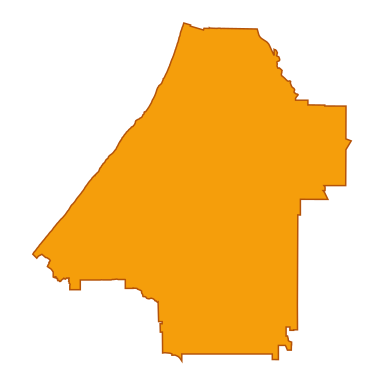 Capel, Western Australia, Australia (Albers equal-area conic projection)
{"feature_id": "25037944B63911738750692", "entity_name": "Capel", "entity_type": "district", "adm_level": 2, "iso_a3": "AUS", "parent_name": "Australia", "parent_adm1": "Western Australia", "projection": "albers", "projection_center": [115.572, -33.527], "detail": "fine", "context": "isolated", "style": "filled", "palette": "amber", "viewbox_px": 384, "rotation_deg": 0, "n_neighbors": 0, "source": "geoboundaries", "source_scale": "gbopen_adm2", "svg_char_len": 5767}
<svg xmlns="http://www.w3.org/2000/svg" viewBox="0 0 384 384"><path d="M183.8,23.0L182.8,26.3L182.2,27.4L181.8,29.0L180.7,31.9L180.3,33.4L180.0,35.5L179.0,37.8L178.8,39.3L178.4,40.4L178.4,40.9L178.0,42.2L177.4,43.5L176.7,46.1L176.1,47.6L175.8,49.0L175.3,49.9L174.8,51.8L174.2,53.5L173.4,55.9L172.9,57.0L172.5,58.2L172.2,58.7L171.8,59.6L170.7,62.5L170.4,63.7L169.9,64.6L169.8,65.4L168.7,67.8L168.0,69.6L166.7,72.7L165.8,74.3L164.3,77.6L163.8,78.2L163.5,78.5L163.2,78.7L163.1,79.7L163.0,80.0L161.7,83.1L161.1,83.9L160.2,84.7L158.9,85.7L158.7,86.1L158.4,86.8L157.8,87.5L157.5,88.1L156.7,90.1L156.2,91.9L155.5,93.9L154.7,95.9L153.5,98.3L152.4,100.1L151.3,103.0L150.9,103.6L148.9,107.1L148.4,107.8L147.2,109.6L146.3,110.7L146.0,111.3L145.6,111.7L145.2,111.9L144.4,111.9L144.2,112.2L144.1,112.5L144.2,113.1L144.0,113.8L143.6,114.3L142.9,114.8L142.7,115.4L142.2,116.6L141.8,117.1L140.7,117.9L140.0,118.1L139.3,118.8L139.0,119.0L137.3,119.7L136.3,120.4L135.7,120.9L135.4,121.8L135.3,122.8L134.4,124.7L133.3,125.9L133.1,126.3L132.8,126.5L131.8,126.9L131.3,127.2L130.8,128.0L128.8,129.7L128.2,130.6L126.4,132.2L125.8,133.3L124.4,134.8L123.5,136.4L122.2,137.7L121.8,138.8L121.4,139.6L121.1,140.1L120.9,140.2L120.7,140.2L120.5,140.4L120.4,141.3L119.8,141.7L119.7,141.9L119.6,142.4L119.1,142.9L118.1,145.0L117.8,145.7L116.8,147.3L116.1,148.9L115.9,149.3L115.1,150.1L113.3,152.5L111.7,154.0L110.0,155.2L108.6,156.5L108.2,157.8L107.6,158.6L106.9,159.0L105.8,160.1L105.6,160.5L104.9,162.0L103.8,163.2L103.1,163.6L102.9,164.2L102.0,165.4L101.5,166.0L101.0,167.1L99.9,168.2L99.7,168.6L99.5,169.5L99.2,170.0L99.0,170.7L98.6,171.5L97.5,172.7L97.1,172.9L95.8,174.3L95.3,174.7L95.1,175.0L95.1,175.3L94.9,175.2L94.8,175.3L94.4,175.6L93.4,176.7L92.3,177.7L91.4,179.2L89.4,181.4L88.2,183.0L87.5,184.1L87.2,184.5L86.7,185.2L86.0,186.0L85.6,186.8L85.2,187.1L84.4,188.7L82.9,190.9L82.2,191.7L81.1,193.3L77.4,197.8L76.3,199.3L75.3,200.9L74.7,201.8L73.2,203.5L72.7,204.1L72.0,204.6L71.6,205.2L71.1,205.7L68.5,210.2L67.7,211.0L65.4,214.4L63.1,217.1L62.3,218.0L61.3,218.8L59.1,221.3L58.5,222.1L57.0,223.6L56.5,224.4L55.4,225.6L54.8,226.6L54.1,227.2L51.8,230.5L50.1,232.2L48.9,233.7L48.2,234.7L46.0,237.2L44.2,239.6L43.2,240.7L40.7,243.8L39.5,245.1L39.1,245.7L38.8,246.4L37.5,247.8L35.4,250.7L34.0,252.2L32.8,254.2L36.8,258.2L38.4,256.1L41.9,254.3L45.6,257.5L47.0,257.7L49.5,259.4L50.3,260.7L48.9,262.4L49.3,262.9L48.0,265.1L47.4,266.6L50.7,268.8L51.4,269.4L53.2,272.0L53.2,277.0L54.4,277.6L54.7,277.4L54.9,277.5L54.8,277.2L54.8,276.9L55.0,276.8L55.6,276.7L55.9,276.8L56.1,277.0L56.0,277.4L56.0,277.5L56.6,278.0L56.8,278.5L57.3,278.4L57.6,278.7L57.6,278.9L57.7,279.0L57.8,278.9L57.5,279.9L57.9,280.4L57.9,280.6L58.2,280.6L58.5,280.5L59.1,280.6L59.5,281.4L60.0,281.5L60.3,281.4L60.7,281.3L61.0,280.9L60.9,280.7L61.1,280.4L61.4,280.3L62.5,279.2L63.3,278.9L63.8,278.2L64.0,278.3L64.4,278.6L64.6,278.6L64.8,278.9L65.2,279.2L65.7,279.0L66.2,278.4L66.2,278.2L66.5,278.0L66.8,278.1L67.2,278.0L68.2,278.3L68.6,278.1L68.8,277.9L69.1,278.0L69.1,278.4L68.5,278.8L68.8,279.8L69.0,280.1L69.1,280.3L68.8,280.9L68.6,281.1L68.6,281.3L69.0,281.5L69.2,282.0L69.1,282.9L69.1,283.2L69.4,283.4L69.7,283.5L70.1,284.6L69.8,285.5L69.8,289.7L80.3,289.7L80.3,280.0L100.4,280.0L100.9,279.8L103.0,279.9L111.2,279.9L112.1,279.5L113.6,279.5L116.9,279.1L118.1,279.5L125.0,279.5L125.3,279.6L125.3,288.4L132.7,288.4L132.7,288.1L133.2,287.9L133.7,288.3L134.4,288.2L135.9,288.3L136.3,288.3L136.6,288.5L137.1,288.5L137.4,288.8L137.8,289.3L138.5,289.4L139.3,289.9L140.6,290.3L141.6,291.2L141.5,291.9L141.7,293.1L142.6,294.4L142.9,295.8L142.9,296.2L143.0,296.5L143.5,296.6L145.2,296.7L146.2,297.4L146.5,298.1L147.3,298.5L148.7,298.8L149.3,298.8L150.6,298.3L151.3,298.2L153.2,298.8L154.7,300.0L154.8,300.5L155.1,300.6L155.3,300.9L156.1,300.9L156.4,301.2L156.7,301.6L157.4,302.3L157.6,302.4L158.1,302.0L158.6,321.6L162.2,321.6L162.2,323.7L160.1,323.7L160.3,332.1L162.4,332.1L162.6,353.0L164.9,352.7L170.1,353.2L171.9,353.9L171.9,355.2L175.1,355.1L176.5,355.7L178.3,356.6L179.8,358.0L181.8,361.0L181.8,354.0L272.3,354.0L272.3,359.5L278.4,359.6L278.4,345.4L285.3,345.4L286.0,346.6L287.4,350.1L287.5,350.1L291.3,350.1L291.4,344.8L291.6,344.8L291.6,342.1L289.3,341.3L288.3,340.5L288.2,338.7L287.5,336.0L286.1,336.1L286.1,327.0L289.9,327.0L289.9,330.3L293.7,330.3L293.7,329.8L297.5,329.8L297.4,304.2L297.8,214.9L300.4,215.0L300.4,199.3L327.9,199.4L324.8,193.0L324.1,191.8L323.1,190.6L325.0,190.6L325.1,188.5L325.0,186.9L324.0,185.6L345.7,185.6L345.9,149.7L351.2,140.9L345.9,138.9L346.0,106.1L324.8,106.0L324.8,105.1L307.9,104.9L307.9,100.2L295.6,100.2L295.6,99.8L295.5,98.6L295.7,98.0L296.5,96.8L297.9,95.2L298.1,94.8L298.0,94.6L297.6,94.2L296.0,93.9L295.1,93.1L294.5,92.8L294.2,92.4L294.1,92.2L294.1,91.6L294.2,91.0L294.6,90.1L294.6,89.6L293.9,88.4L292.3,87.3L291.7,86.5L291.3,85.6L290.3,83.0L290.6,81.9L290.6,81.4L290.2,81.1L289.8,80.9L288.4,81.2L287.4,80.9L286.4,79.9L285.9,79.6L285.3,78.8L284.1,77.7L282.5,76.3L282.1,76.0L281.6,75.7L281.4,74.7L281.4,73.9L281.8,72.6L281.8,71.4L282.1,70.8L282.1,70.5L281.5,69.8L279.4,68.0L279.1,67.9L278.6,68.2L277.9,68.2L277.6,67.5L277.0,66.1L277.0,65.7L277.3,63.8L276.9,62.9L277.0,62.0L277.0,61.9L277.3,61.6L279.4,60.7L279.6,60.2L279.7,59.3L278.9,57.0L278.6,56.7L277.2,56.2L276.6,55.7L276.7,55.4L277.0,54.7L277.0,54.0L277.3,53.3L277.4,52.8L277.1,52.1L276.6,51.4L276.5,50.8L276.1,50.4L275.5,49.8L274.4,49.6L274.1,49.4L274.1,52.3L274.2,54.8L274.1,55.0L273.8,55.0L269.6,45.8L268.8,44.2L267.3,42.4L266.3,41.6L262.0,38.8L261.0,38.0L260.3,37.3L259.7,36.5L259.0,35.3L258.6,34.1L257.2,29.0L222.2,28.4L221.1,28.5L220.7,28.5L220.3,28.2L218.0,28.2L217.2,28.4L211.8,28.2L209.5,28.0L209.3,27.8L209.2,28.4L204.0,28.3L203.5,30.0L190.3,26.1L190.6,25.0L183.8,23.0Z" fill="#f59e0b" stroke="#b45309" stroke-width="1.5"/></svg>